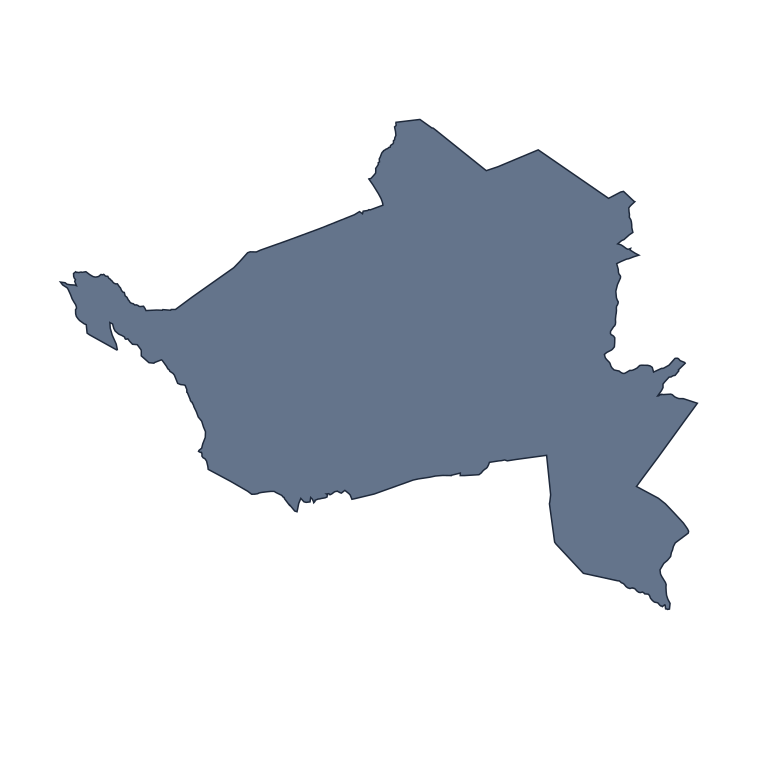 Tlazazalca, Michoacán, Mexico (orthographic projection), rotated 173°
{"feature_id": "50627088B28595792549416", "entity_name": "Tlazazalca", "entity_type": "district", "adm_level": 2, "iso_a3": "MEX", "parent_name": "Mexico", "parent_adm1": "Michoacán", "projection": "orthographic", "projection_center": [-102.046, 20.015], "detail": "fine", "context": "isolated", "style": "filled", "palette": "slate", "viewbox_px": 768, "rotation_deg": 173, "n_neighbors": 0, "source": "geoboundaries", "source_scale": "gbopen_adm2", "svg_char_len": 6150}
<svg xmlns="http://www.w3.org/2000/svg" viewBox="0 0 768 768"><g transform="rotate(173 384 384)"><path d="M115.3,480.8L118.8,483.2L123.4,487.0L122.7,488.5L124.3,488.1L125.6,488.0L127.2,489.1L129.8,491.6L131.9,493.3L135.0,494.6L130.6,497.4L128.2,498.1L122.3,502.2L118.5,504.1L119.0,508.9L118.7,512.0L118.7,514.9L119.0,516.9L120.2,519.6L119.7,522.4L119.8,525.0L119.6,528.9L118.4,530.2L116.7,531.6L112.8,534.4L113.7,535.0L122.8,546.0L125.7,545.7L138.5,540.9L202.4,597.6L244.7,585.7L256.5,583.3L303.9,631.9L305.4,632.4L316.1,642.2L340.2,642.3L340.5,640.9L340.3,639.5L340.7,638.9L342.2,637.9L341.8,633.1L341.9,629.3L343.4,626.8L343.5,625.7L343.9,625.0L345.0,624.3L345.2,622.2L346.0,621.2L347.6,620.5L348.5,619.8L349.0,618.3L350.4,618.2L351.8,617.2L353.3,616.9L354.7,616.1L356.1,615.6L356.3,614.9L357.2,614.5L358.1,613.5L360.2,609.5L361.3,608.0L361.4,605.0L362.8,604.3L362.8,602.8L364.6,600.5L366.0,599.0L366.1,597.3L366.6,594.4L367.7,593.3L371.5,589.9L372.4,589.5L373.9,589.5L374.1,589.4L370.7,583.0L366.4,573.7L364.3,568.3L363.6,565.3L363.3,563.4L363.3,561.6L376.5,558.5L377.7,558.9L379.1,558.2L383.6,558.1L384.6,555.6L387.3,558.1L392.8,555.6L429.2,546.0L463.1,538.0L490.5,531.9L494.6,530.6L500.8,531.5L503.4,530.9L512.4,523.0L519.0,517.7L564.3,493.4L581.9,483.4L586.2,483.9L586.8,483.2L594.5,484.8L595.0,484.2L600.5,485.1L611.3,485.9L612.0,488.1L613.2,490.5L616.7,490.6L617.9,491.1L618.7,492.0L620.1,492.7L621.8,492.8L623.1,494.3L623.9,494.5L625.1,495.1L626.1,496.0L626.7,497.4L627.6,498.7L628.5,501.3L630.2,503.1L630.6,506.5L631.9,507.0L633.1,508.8L633.9,511.6L634.8,512.8L636.4,515.9L638.2,516.1L639.6,516.9L640.4,517.7L641.7,519.9L642.4,520.4L642.9,521.4L644.1,522.3L645.1,524.6L647.0,524.9L647.5,525.3L648.6,526.8L648.9,527.0L649.9,526.7L651.6,527.2L654.2,525.5L655.9,525.3L657.6,525.3L659.7,526.1L662.7,528.4L666.2,531.8L670.2,531.6L670.8,532.0L672.2,532.0L672.9,531.8L673.8,531.9L674.4,532.2L675.5,532.2L676.3,533.0L678.7,531.5L678.9,528.5L678.5,526.8L677.5,525.1L678.5,523.6L677.3,519.1L678.9,519.9L683.2,520.7L686.5,521.7L688.2,523.4L692.7,524.6L690.9,521.5L686.8,518.1L686.0,516.5L684.2,510.8L683.2,506.6L681.7,503.0L680.4,500.3L679.9,497.8L680.1,496.4L681.1,495.4L681.5,491.2L681.1,488.5L679.6,485.8L678.4,484.1L674.3,480.3L672.3,479.2L672.5,470.7L670.3,468.7L645.2,450.4L644.5,450.6L644.9,456.2L647.8,465.6L648.9,472.7L648.6,478.4L646.1,476.7L645.4,472.1L644.4,469.3L641.3,465.9L638.1,464.0L635.8,462.2L635.5,460.5L634.8,459.9L634.0,459.9L632.8,460.1L631.2,457.4L628.8,454.1L624.1,453.1L621.0,447.6L620.9,446.3L621.5,441.5L614.7,433.8L609.8,432.7L609.0,433.3L602.0,435.1L601.2,434.4L597.7,428.0L596.7,425.4L595.4,424.1L595.0,422.7L592.2,420.3L591.0,418.4L588.7,409.8L585.9,408.2L583.2,407.6L581.9,407.1L581.4,406.7L581.4,406.2L580.4,402.6L580.7,399.8L580.2,399.4L578.3,392.5L578.2,391.3L577.4,389.7L576.5,389.1L576.5,388.1L575.8,386.7L575.4,384.4L573.6,379.2L572.4,373.9L569.5,369.3L568.4,363.3L567.0,358.4L567.9,352.8L571.2,346.7L572.8,342.5L575.7,340.7L576.3,339.7L574.6,338.5L573.5,338.4L573.2,336.8L573.5,334.6L572.6,332.9L570.8,331.6L569.5,329.1L568.9,323.8L568.9,320.7L548.6,306.4L532.4,294.2L528.8,290.7L525.6,290.4L522.8,290.5L521.1,291.1L518.5,291.3L512.9,291.3L509.6,291.2L506.1,290.8L504.4,289.4L499.0,285.9L498.1,284.3L496.9,283.5L496.8,282.4L492.9,275.7L492.8,276.0L492.7,276.0L488.1,268.8L485.9,267.8L485.0,270.3L483.2,275.8L480.5,280.6L477.8,276.8L475.7,276.0L471.8,276.0L470.6,280.3L469.2,278.5L468.4,276.1L468.2,274.7L466.8,275.9L466.7,276.9L463.6,277.8L461.7,277.8L460.3,278.0L456.4,278.2L454.3,278.8L453.7,281.1L454.6,281.9L452.1,281.9L451.7,281.3L451.2,280.9L451.3,280.8L450.8,280.7L449.0,281.4L446.1,283.1L443.2,283.3L442.9,282.9L440.7,281.4L439.6,280.9L435.8,283.2L432.3,279.6L431.1,278.0L429.9,273.5L427.2,273.7L407.1,276.0L366.8,285.1L361.5,285.6L350.0,285.9L344.1,286.4L336.9,286.1L328.3,284.9L328.2,285.2L319.1,286.3L319.5,283.8L315.2,283.3L300.8,282.4L298.1,284.0L296.9,285.3L294.7,286.9L293.0,287.7L292.0,288.4L291.3,289.2L290.0,291.2L288.9,293.4L279.2,293.7L276.7,293.6L273.5,293.9L271.0,292.7L262.3,293.0L231.3,293.4L232.1,253.7L233.7,247.1L234.4,245.0L233.9,206.3L232.8,204.2L209.2,171.8L176.4,160.3L174.3,159.8L172.6,157.8L171.2,157.1L170.0,155.9L168.6,153.6L167.1,152.1L164.8,151.0L162.7,151.4L162.2,151.1L161.8,151.3L161.1,150.7L160.2,150.5L158.0,147.5L156.5,146.2L154.9,145.7L152.8,146.0L151.6,145.1L150.8,143.9L149.2,143.6L147.4,143.2L146.3,141.8L145.6,138.9L144.2,136.7L142.9,135.2L142.0,134.5L139.0,133.5L137.0,130.6L136.2,129.9L136.0,130.0L135.2,129.6L134.9,129.1L132.4,130.6L131.9,130.3L131.9,126.5L130.8,126.3L130.1,125.7L128.1,125.8L126.8,131.4L128.5,135.8L129.3,139.9L129.2,143.9L128.9,147.9L128.4,150.6L128.9,152.8L131.8,159.1L132.7,161.7L132.7,165.9L128.2,171.8L124.1,174.5L120.5,177.9L119.3,181.7L117.9,184.0L116.6,187.4L114.3,190.8L100.2,198.9L99.6,200.7L100.4,203.2L103.7,209.4L111.8,220.7L119.3,230.8L125.6,237.2L145.9,251.5L139.1,258.8L121.3,277.4L90.3,310.7L75.3,326.7L88.7,333.0L93.1,333.6L95.1,334.6L97.1,335.9L99.2,338.3L100.7,339.0L108.4,339.5L109.5,340.0L109.9,339.6L111.3,340.1L111.5,339.5L112.8,338.8L113.9,338.8L109.5,343.5L107.5,346.4L107.1,349.9L105.3,351.7L100.2,356.1L98.2,356.0L96.4,356.9L94.0,357.1L89.8,361.1L90.1,362.1L82.5,367.9L82.9,368.7L87.2,371.1L88.5,373.0L89.3,373.7L91.1,374.0L92.1,373.9L98.9,367.9L104.9,365.5L106.6,365.7L115.0,363.0L115.7,367.8L117.6,369.5L119.9,370.4L126.4,371.3L128.0,371.2L130.9,369.0L133.5,368.0L135.6,367.4L137.0,367.3L138.3,367.6L143.1,365.5L144.4,365.2L145.8,365.5L147.6,366.7L149.0,368.2L153.9,369.9L155.8,372.3L156.6,374.1L157.0,376.2L157.5,377.8L160.0,381.1L161.0,382.7L161.4,384.3L161.6,386.5L159.0,388.2L154.3,389.9L153.1,390.6L150.8,392.8L150.0,396.8L149.3,401.7L150.2,403.4L151.3,404.5L152.4,405.1L153.1,406.6L152.7,408.7L149.0,413.0L148.0,413.6L147.1,415.0L146.6,417.0L146.4,420.0L145.5,424.0L144.9,425.9L144.3,428.6L144.1,431.2L143.6,433.0L142.6,434.1L141.8,435.7L141.5,437.0L142.3,439.0L142.8,441.3L142.6,447.8L140.2,454.1L136.4,460.4L136.1,462.1L136.6,463.3L137.2,464.1L137.7,466.1L137.5,469.3L138.4,475.1L133.8,476.7L128.0,478.4L125.9,478.5L120.3,479.9L115.3,480.8Z" fill="#64748b" stroke="#1e293b" stroke-width="1.5"/></g></svg>